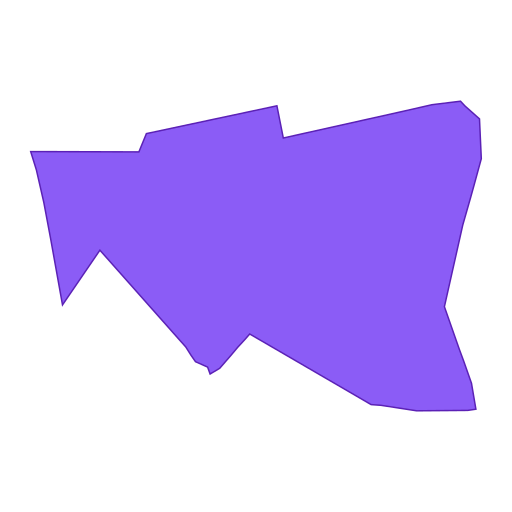 outline of Dom Expedito Lopes, Piauí, Brazil
{"feature_id": "56859067B17233076889044", "entity_name": "Dom Expedito Lopes", "entity_type": "district", "adm_level": 2, "iso_a3": "BRA", "parent_name": "Brazil", "parent_adm1": "Piauí", "projection": "albers", "projection_center": [-41.693, -6.966], "detail": "fine", "context": "isolated", "style": "filled", "palette": "violet", "viewbox_px": 512, "rotation_deg": 0, "n_neighbors": 0, "source": "geoboundaries", "source_scale": "gbopen_adm2", "svg_char_len": 641}
<svg xmlns="http://www.w3.org/2000/svg" viewBox="0 0 512 512"><path d="M479.5,118.9L465.1,106.1L460.5,101.2L432.0,104.7L403.5,111.2L283.3,138.0L276.9,105.8L146.4,133.6L138.9,151.9L41.4,151.6L30.7,151.6L36.4,170.0L43.8,202.4L50.7,239.1L62.5,304.9L99.9,250.2L180.0,340.5L185.8,347.0L191.1,355.4L195.5,361.7L207.6,367.1L210.1,374.0L219.7,368.3L231.5,354.7L237.6,347.4L245.0,339.4L249.7,334.0L327.3,379.1L371.1,404.6L380.9,405.3L416.6,410.8L467.7,410.4L475.9,409.2L471.5,383.3L463.7,361.1L459.4,349.5L455.5,338.4L444.4,306.7L462.8,224.9L470.6,197.6L474.0,185.4L481.3,158.7L479.5,118.9Z" fill="#8b5cf6" stroke="#5b21b6" stroke-width="1.5"/></svg>